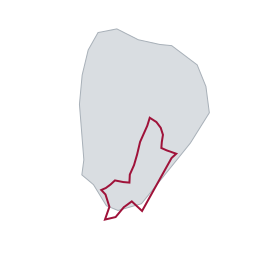 location of Canillo within Andorra, rotated 114°
{"feature_id": "AND-4879", "entity_name": "Canillo", "entity_type": "state/province", "adm_level": 1, "iso_a3": "AND", "parent_name": "Andorra", "parent_adm1": "", "projection": "robinson", "projection_center": [1.655, 42.581], "detail": "fine", "context": "in_parent", "style": "outline", "palette": "rose", "viewbox_px": 256, "rotation_deg": 114, "n_neighbors": 0, "source": "natural_earth", "source_scale": "10m", "svg_char_len": 790}
<svg xmlns="http://www.w3.org/2000/svg" viewBox="0 0 256 256"><g transform="rotate(114 128 128)"><path d="M189.6,151.1L175.0,155.4L126.1,182.0L98.3,191.4L72.9,196.1L53.0,194.2L42.0,178.5L43.2,154.6L38.8,133.1L35.0,121.6L42.2,90.5L58.4,73.7L81.0,59.9L116.4,64.9L191.7,84.9L207.4,103.6L207.8,116.1L193.8,136.5L189.6,151.1Z" fill="#d9dde1" stroke="#a8b0b8" stroke-width="1"/><path d="M131.9,73.5L137.7,76.0L198.1,81.4L193.5,94.7L202.0,99.6L214.4,103.1L218.9,109.0L221.0,111.8L207.6,112.9L197.9,121.5L195.5,127.2L191.9,123.9L186.8,121.0L181.2,118.6L179.3,110.3L177.3,104.5L169.8,107.4L159.5,107.4L148.5,108.9L135.8,111.3L125.6,111.3L118.1,111.3L109.8,112.3L111.0,104.5L114.5,98.2L120.0,93.3L127.1,91.4L132.7,89.4L132.7,83.6L131.9,73.5Z" fill="none" stroke="#9f1239" stroke-width="2"/></g></svg>